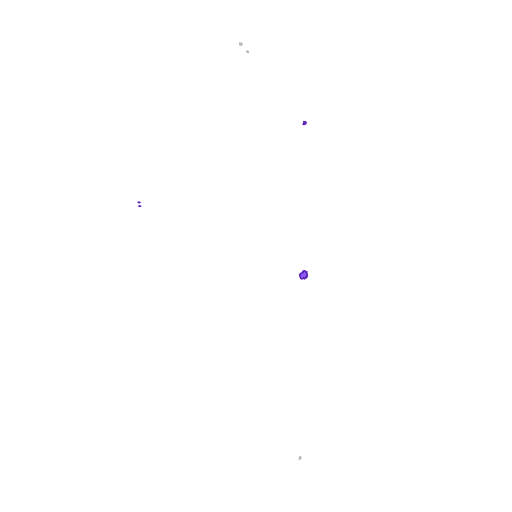 location of Pohnpei within Federated States of Micronesia, rotated 70°
{"feature_id": "FSM-4941", "entity_name": "Pohnpei", "entity_type": "state/province", "adm_level": 1, "iso_a3": "FSM", "parent_name": "Federated States of Micronesia", "parent_adm1": "", "projection": "natural_earth1", "projection_center": [156.635, 4.552], "detail": "fine", "context": "in_parent", "style": "filled", "palette": "violet", "viewbox_px": 512, "rotation_deg": 70, "n_neighbors": 0, "source": "natural_earth", "source_scale": "10m", "svg_char_len": 1572}
<svg xmlns="http://www.w3.org/2000/svg" viewBox="0 0 512 512"><g transform="rotate(70 256 256)"><path d="M293.1,220.7L291.0,221.6L288.4,221.2L287.6,217.8L286.4,216.9L286.6,215.2L288.5,213.8L292.4,214.9L293.8,217.3L292.9,219.0L293.1,220.7ZM52.8,198.4L52.5,199.0L50.3,198.7L50.0,198.4L50.2,198.2L51.2,197.9L51.4,197.2L50.8,197.0L51.3,196.6L52.2,196.5L52.7,197.0L52.9,197.7L52.8,198.4ZM461.6,282.9L462.0,284.9L459.7,283.9L459.4,283.2L460.7,282.5L461.6,282.9ZM61.2,194.8L60.6,195.0L60.3,194.8L60.5,193.7L60.7,193.4L61.3,193.3L62.3,193.6L62.4,193.9L61.2,194.8Z" fill="#d9dde1" stroke="#a8b0b8" stroke-width="1"/><path d="M292.2,215.5L292.4,215.9L292.8,216.0L293.1,216.0L293.5,215.8L294.0,217.9L294.0,218.4L293.7,218.5L292.9,218.4L292.7,218.5L292.8,218.9L293.1,219.7L293.2,220.2L293.1,220.9L292.8,221.3L292.3,221.5L290.6,221.7L289.9,221.7L289.5,221.2L288.7,221.5L288.3,221.1L287.9,220.5L287.6,220.1L287.7,219.5L287.8,219.0L287.6,218.5L287.3,218.1L287.4,217.9L287.6,217.5L286.6,217.4L286.3,216.8L286.5,215.3L286.9,214.9L287.6,214.9L288.2,214.7L288.3,213.8L289.0,214.1L289.3,214.3L289.6,214.1L289.9,214.1L290.1,214.3L290.5,214.3L291.4,214.3L291.7,214.3L291.8,214.4L292.4,214.9L292.5,214.9L292.7,215.3L292.2,215.5ZM148.4,163.7L148.8,164.1L148.9,165.3L148.7,166.1L148.6,166.4L148.3,166.6L147.7,165.8L146.8,165.3L146.2,165.1L146.5,164.5L146.6,163.8L147.0,163.5L147.3,163.4L148.1,163.3L148.4,163.7ZM165.9,347.0L166.0,347.7L165.3,348.1L165.3,347.5L165.9,347.0ZM169.2,348.7L169.1,348.0L169.6,347.6L169.7,348.2L169.2,348.7Z" fill="#8b5cf6" stroke="#5b21b6" stroke-width="1.5"/></g></svg>